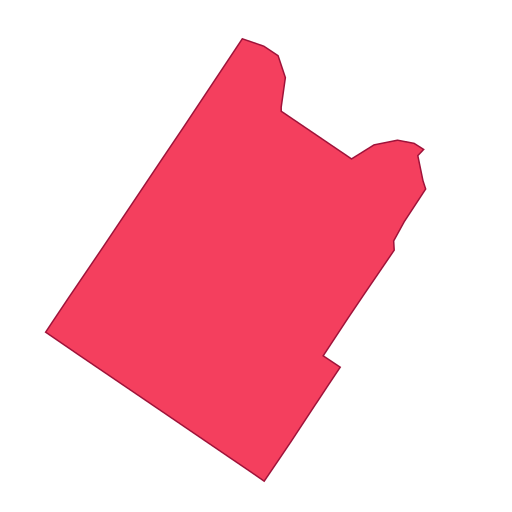 Ramsey, Minnesota, United States of America, rotated 214°
{"feature_id": "52423323B15495736799264", "entity_name": "Ramsey", "entity_type": "district", "adm_level": 2, "iso_a3": "USA", "parent_name": "United States of America", "parent_adm1": "Minnesota", "projection": "orthographic", "projection_center": [-93.118, 45.006], "detail": "fine", "context": "isolated", "style": "filled", "palette": "rose", "viewbox_px": 512, "rotation_deg": 214, "n_neighbors": 0, "source": "geoboundaries", "source_scale": "gbopen_adm2", "svg_char_len": 643}
<svg xmlns="http://www.w3.org/2000/svg" viewBox="0 0 512 512"><g transform="rotate(214 256 256)"><path d="M348.8,74.9L255.0,74.6L165.8,74.2L139.7,74.1L123.3,73.9L123.2,100.8L123.2,122.2L123.7,165.6L123.7,170.9L123.9,188.9L124.0,210.9L144.5,210.8L145.0,256.3L145.0,284.3L144.7,338.1L150.3,345.5L152.3,367.5L152.8,406.4L159.7,411.8L178.0,429.7L176.6,438.1L187.9,437.8L203.5,431.1L220.3,414.1L231.1,389.9L316.0,390.1L318.3,393.4L331.4,420.3L349.7,434.4L366.8,434.3L388.8,428.4L388.1,322.5L388.1,285.0L387.9,221.1L387.9,213.4L387.8,177.2L388.0,116.6L387.9,87.1L387.8,75.2L348.8,74.9Z" fill="#f43f5e" stroke="#9f1239" stroke-width="1.5"/></g></svg>